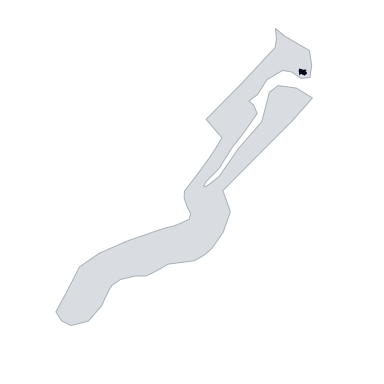 Serrekunda East, Banjul, Gambia shown in context, rotated 134°
{"feature_id": "56634734B18055278254530", "entity_name": "Serrekunda East", "entity_type": "district", "adm_level": 2, "iso_a3": "GMB", "parent_name": "Gambia", "parent_adm1": "Banjul", "projection": "natural_earth1", "projection_center": [-16.66, 13.41], "detail": "fine", "context": "in_parent", "style": "filled", "palette": "ink", "viewbox_px": 384, "rotation_deg": 134, "n_neighbors": 0, "source": "geoboundaries", "source_scale": "gbopen_adm2", "svg_char_len": 2404}
<svg xmlns="http://www.w3.org/2000/svg" viewBox="0 0 384 384"><g transform="rotate(134 192 192)"><path d="M40.8,170.7L71.8,169.3L109.4,169.9L150.2,170.5L169.5,170.8L179.6,150.7L198.8,141.8L218.5,138.5L228.7,139.4L239.6,142.4L260.4,159.0L273.3,162.8L284.2,166.6L292.0,174.6L304.5,182.6L314.2,184.8L320.1,183.6L329.7,180.5L336.1,178.0L356.8,176.9L372.0,186.2L375.3,196.3L372.7,206.7L352.3,212.3L324.0,220.9L300.5,216.2L271.9,204.4L255.3,195.9L248.3,192.5L237.9,187.1L228.8,181.3L220.0,177.5L213.3,175.1L208.4,178.1L205.9,185.3L201.9,193.3L196.8,198.0L172.9,200.8L151.5,203.8L140.0,206.3L132.3,208.2L129.9,232.3L105.6,232.0L81.7,231.7L56.9,232.1L30.3,232.6L23.4,237.5L16.3,245.5L15.5,233.4L8.7,205.9L17.8,193.8L27.8,186.7L34.4,192.4L36.4,203.6L41.6,211.3L59.0,216.1L76.4,212.6L87.0,214.2L86.6,208.0L90.2,199.7L111.2,196.2L133.5,193.8L156.3,188.9L174.2,189.1L179.6,187.7L178.2,185.6L162.2,183.2L127.9,188.9L93.0,190.6L66.6,205.6L55.7,204.1L44.8,189.2L40.8,170.7Z" fill="#d9dde1" stroke="#a8b0b8" stroke-width="1"/><path d="M27.0,192.7L27.0,192.8L27.2,193.6L27.2,193.9L27.2,194.3L27.2,194.6L27.2,194.8L26.9,194.9L26.4,195.1L26.2,195.1L25.9,195.1L26.0,195.3L26.3,195.3L26.2,195.3L26.3,195.3L26.2,195.3L26.3,195.4L26.3,195.5L26.3,195.4L26.5,195.6L26.8,195.8L27.0,196.0L27.3,196.3L27.5,196.2L27.5,196.3L27.6,196.5L27.7,196.4L27.7,196.5L27.8,196.6L27.8,196.8L27.9,196.7L28.0,196.7L28.0,196.8L28.2,197.0L28.2,197.3L28.2,197.6L28.3,197.6L28.3,197.8L28.3,198.0L28.4,198.3L28.5,198.4L28.5,198.5L28.6,198.8L28.7,199.0L28.9,199.6L29.0,199.7L29.5,199.3L29.8,199.1L29.9,198.9L30.8,198.2L30.7,197.8L30.7,197.5L30.9,197.5L31.0,197.4L30.9,197.3L31.0,197.3L31.0,197.2L31.3,197.2L31.2,197.2L31.3,197.0L31.3,196.9L31.4,197.0L31.5,197.0L31.7,196.9L31.8,196.8L31.9,196.7L31.7,196.7L31.6,196.4L31.2,196.4L31.2,196.2L30.9,196.0L30.8,195.9L30.7,195.9L30.6,195.7L30.4,195.5L30.3,195.4L30.2,195.4L30.2,195.5L29.9,195.5L29.8,195.4L29.8,195.2L29.7,195.2L29.4,195.1L29.6,194.7L29.8,194.6L30.0,194.5L30.0,194.4L30.1,194.2L29.9,194.1L29.8,193.9L29.7,193.9L29.7,194.0L29.4,194.1L29.3,193.9L29.5,193.8L29.5,193.7L29.6,193.4L29.4,193.3L29.2,193.3L29.2,193.2L29.2,192.9L29.2,192.7L29.3,192.6L29.3,192.4L29.2,192.4L29.0,192.5L28.9,192.7L28.8,192.8L28.7,192.8L28.7,192.7L28.4,192.7L28.2,192.5L27.9,192.5L27.8,192.4L27.7,192.5L27.6,192.4L27.4,192.4L27.4,192.5L27.2,192.5L27.0,192.7Z" fill="#0f172a" stroke="#020617" stroke-width="1.5"/></g></svg>